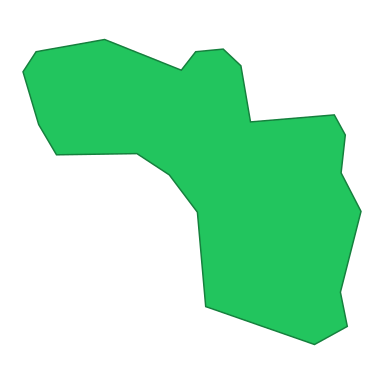 the Unitary Authority of Slough
{"feature_id": "GBR-5704", "entity_name": "Slough", "entity_type": "Unitary Authority", "adm_level": 1, "iso_a3": "GBR", "parent_name": "United Kingdom", "parent_adm1": "", "projection": "natural_earth1", "projection_center": [-0.575, 51.482], "detail": "fine", "context": "isolated", "style": "filled", "palette": "green", "viewbox_px": 384, "rotation_deg": 0, "n_neighbors": 0, "source": "natural_earth", "source_scale": "10m", "svg_char_len": 384}
<svg xmlns="http://www.w3.org/2000/svg" viewBox="0 0 384 384"><path d="M104.6,39.5L181.3,70.2L195.7,51.7L223.2,49.1L240.9,65.8L250.5,121.9L334.3,114.9L345.3,135.0L341.1,172.9L361.0,211.4L340.4,292.2L347.3,326.4L314.5,344.5L205.7,306.6L197.4,212.2L169.3,174.9L136.9,153.6L56.5,154.8L38.7,124.6L23.0,71.8L36.1,51.7L104.6,39.5Z" fill="#22c55e" stroke="#15803d" stroke-width="1.5"/></svg>